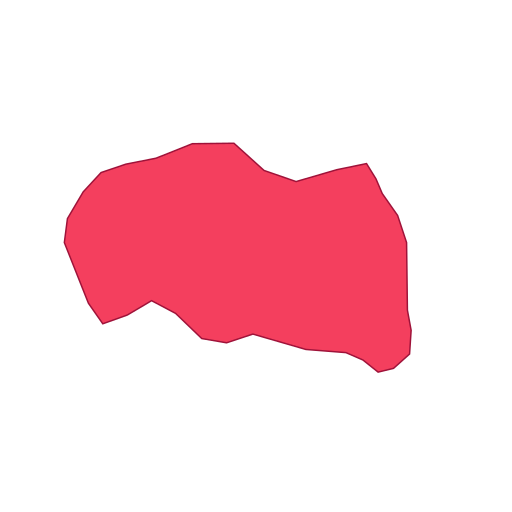 SVG path tracing the border of Taipei City, rotated 120°
{"feature_id": "TWN-1166", "entity_name": "Taipei City", "entity_type": "Special Municipality", "adm_level": 1, "iso_a3": "TWN", "parent_name": "Taiwan", "parent_adm1": "", "projection": "albers", "projection_center": [121.562, 25.088], "detail": "fine", "context": "isolated", "style": "filled", "palette": "rose", "viewbox_px": 512, "rotation_deg": 120, "n_neighbors": 0, "source": "natural_earth", "source_scale": "10m", "svg_char_len": 573}
<svg xmlns="http://www.w3.org/2000/svg" viewBox="0 0 512 512"><g transform="rotate(120 256 256)"><path d="M264.1,74.0L284.5,80.7L295.5,92.2L292.6,111.4L294.7,129.8L303.0,147.2L312.0,166.1L325.2,219.7L345.9,238.1L354.6,261.7L345.9,296.9L346.9,324.1L371.4,337.9L391.3,354.8L380.7,377.5L340.2,428.7L317.9,438.0L286.8,437.7L261.2,431.9L241.6,414.7L221.3,391.5L190.6,367.3L169.4,331.5L177.9,291.8L171.5,258.5L140.8,229.1L120.7,206.5L129.2,190.7L138.8,177.9L150.1,153.6L169.1,132.3L227.2,97.8L242.8,84.5L264.1,74.0Z" fill="#f43f5e" stroke="#9f1239" stroke-width="1.5"/></g></svg>